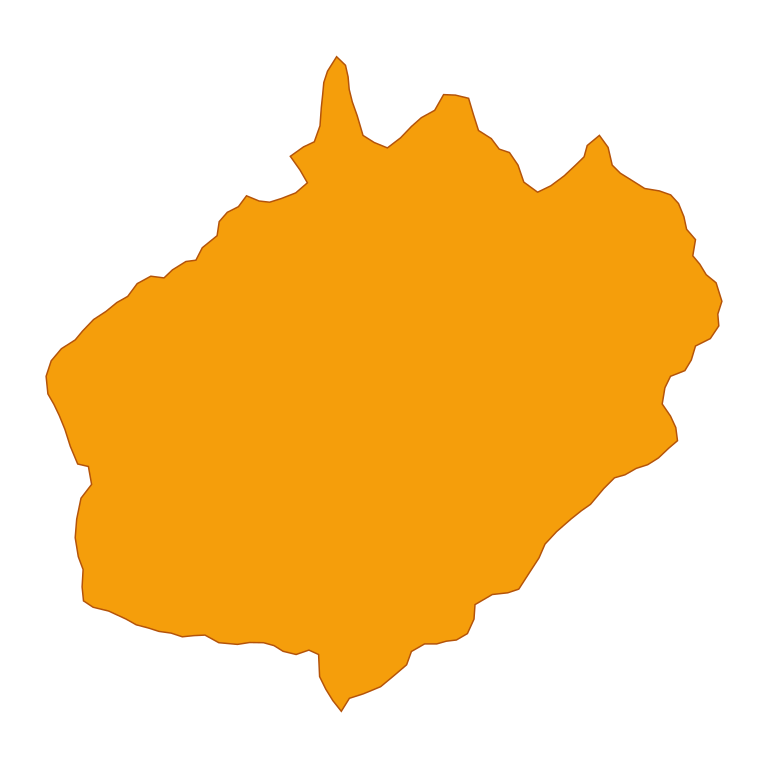 the district of Monsenhor Paulo, Minas Gerais, Brazil
{"feature_id": "56859067B7158263227488", "entity_name": "Monsenhor Paulo", "entity_type": "district", "adm_level": 2, "iso_a3": "BRA", "parent_name": "Brazil", "parent_adm1": "Minas Gerais", "projection": "natural_earth1", "projection_center": [-45.479, -21.731], "detail": "fine", "context": "isolated", "style": "filled", "palette": "amber", "viewbox_px": 768, "rotation_deg": 0, "n_neighbors": 0, "source": "geoboundaries", "source_scale": "gbopen_adm2", "svg_char_len": 2044}
<svg xmlns="http://www.w3.org/2000/svg" viewBox="0 0 768 768"><path d="M644.7,188.5L632.5,180.8L620.3,173.2L612.2,165.1L608.1,147.4L599.4,135.4L587.2,145.5L584.1,156.8L575.6,165.1L564.1,175.9L550.8,185.8L537.6,192.2L523.8,182.1L518.0,165.1L509.5,152.6L499.2,149.1L491.3,138.6L478.5,130.5L473.4,114.5L468.6,98.3L455.4,95.1L443.6,94.6L434.7,110.3L421.3,117.7L411.4,126.5L400.6,137.8L387.4,147.9L374.2,142.5L363.0,135.4L357.2,115.7L352.3,101.9L349.2,89.4L348.1,76.9L345.5,65.3L336.6,56.7L327.5,71.2L323.8,82.5L322.7,94.3L321.3,107.6L320.0,125.8L314.3,141.8L303.5,146.9L290.3,156.3L300.0,170.0L307.4,182.8L295.7,192.9L281.4,198.5L269.6,202.2L259.1,201.0L246.5,195.8L238.4,206.7L227.3,212.3L219.2,221.6L217.1,235.7L202.3,247.7L195.9,260.2L185.9,261.5L172.5,269.8L164.0,277.9L150.8,276.2L137.2,283.6L127.7,296.4L116.9,302.5L106.0,311.4L93.6,319.5L82.6,331.0L75.2,339.9L61.4,348.7L51.2,360.8L46.1,376.3L47.9,393.9L53.9,404.3L59.3,415.6L64.9,429.3L70.3,446.3L77.7,464.0L88.4,466.5L91.6,484.4L81.0,498.2L76.7,519.1L75.2,537.7L78.3,556.7L83.1,569.5L82.1,586.9L83.5,600.9L93.2,607.3L108.5,611.0L126.1,619.1L136.2,624.8L148.4,628.0L158.9,631.4L171.1,633.1L182.3,636.8L194.0,635.6L205.0,635.1L218.8,642.7L237.4,644.4L249.6,642.5L263.5,642.7L274.0,645.6L283.1,651.3L296.1,654.5L308.9,650.1L318.6,654.5L319.6,676.6L325.8,689.2L332.9,700.7L341.3,711.3L349.4,698.3L363.4,693.8L380.6,686.7L394.8,674.9L406.6,664.8L411.4,651.5L424.6,643.9L436.8,643.9L446.3,641.2L456.4,640.0L467.4,633.6L474.0,619.1L475.0,604.6L492.3,594.5L507.8,592.8L518.8,589.1L529.9,571.9L539.0,557.9L545.0,544.1L556.6,531.6L570.9,519.1L581.4,510.7L590.5,504.3L603.7,488.6L614.5,477.8L625.0,474.8L636.2,468.4L647.7,464.7L658.5,457.9L668.6,448.3L677.5,440.7L675.8,427.6L670.5,416.1L662.2,404.0L664.9,387.8L670.5,376.3L684.9,370.6L691.3,360.0L695.5,346.0L710.3,338.6L718.8,325.9L717.8,314.1L721.9,301.3L716.1,282.8L706.2,274.7L699.8,264.2L692.8,255.8L695.5,239.6L686.6,229.3L683.9,216.7L678.5,203.5L670.7,194.9L659.3,190.9L644.7,188.5Z" fill="#f59e0b" stroke="#b45309" stroke-width="1.5"/></svg>